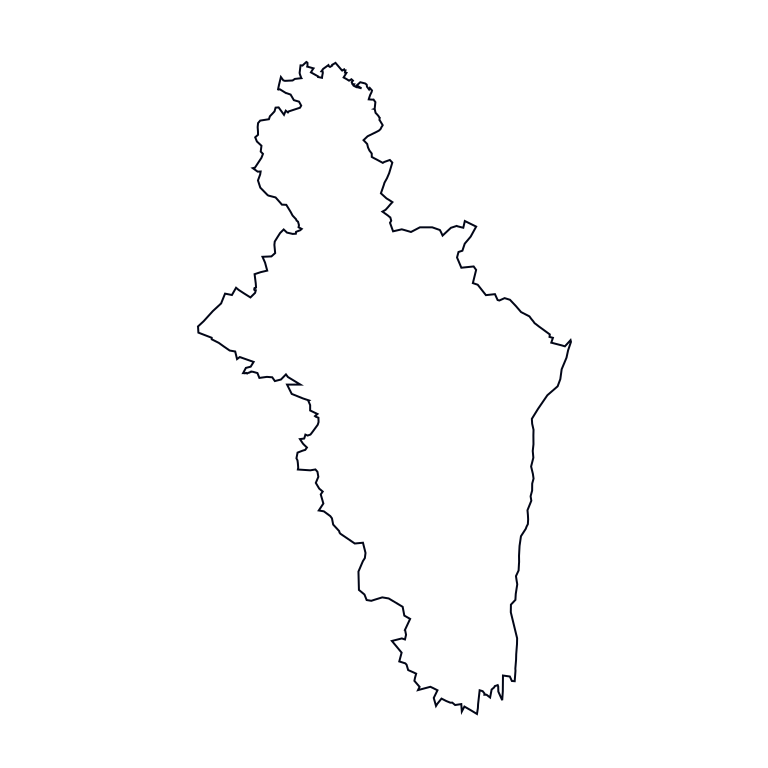 Central Karoo, Western Cape, South Africa, rotated 283°
{"feature_id": "47623444B66747201173997", "entity_name": "Central Karoo", "entity_type": "district", "adm_level": 2, "iso_a3": "ZAF", "parent_name": "South Africa", "parent_adm1": "Western Cape", "projection": "equal_earth", "projection_center": [22.176, -32.556], "detail": "fine", "context": "isolated", "style": "outline", "palette": "ink", "viewbox_px": 768, "rotation_deg": 283, "n_neighbors": 0, "source": "geoboundaries", "source_scale": "gbopen_adm2", "svg_char_len": 6086}
<svg xmlns="http://www.w3.org/2000/svg" viewBox="0 0 768 768"><g transform="rotate(283 384 384)"><path d="M675.7,231.0L668.1,231.8L666.7,232.5L663.6,234.5L663.4,234.7L661.2,228.5L659.2,226.7L657.1,219.3L657.2,217.6L659.9,214.5L651.8,214.4L647.2,214.5L647.1,214.8L647.7,216.2L647.7,216.3L645.4,223.1L645.5,223.3L645.0,227.9L640.3,232.3L640.0,237.7L636.6,240.7L634.3,240.0L628.2,229.9L627.0,229.3L628.2,226.8L623.8,226.0L629.8,219.1L628.9,216.2L625.0,216.0L622.2,214.4L619.2,212.6L616.1,212.3L612.8,204.1L609.9,202.6L605.9,203.1L601.7,204.4L598.5,205.2L595.4,203.0L591.7,205.6L588.6,211.0L582.7,211.6L581.0,214.3L576.8,213.7L565.8,209.6L564.8,207.6L562.5,213.1L563.3,216.0L560.3,216.2L554.0,215.4L547.5,219.3L542.0,227.9L541.6,228.9L541.4,236.4L536.7,243.0L535.8,244.1L536.6,248.5L530.7,254.3L527.6,257.0L524.7,261.3L523.6,262.0L522.8,263.7L519.7,265.4L517.5,265.5L516.6,268.9L515.0,267.8L512.5,264.1L510.6,264.3L509.7,261.3L509.7,255.4L512.0,251.5L507.7,248.8L502.9,247.1L498.2,245.5L494.9,245.9L487.1,248.5L483.0,245.6L480.6,237.0L475.5,240.8L468.2,244.7L465.3,238.8L461.9,233.2L453.2,236.4L449.3,237.6L449.2,237.6L448.7,237.2L448.6,236.9L448.5,236.4L448.4,236.3L448.2,236.2L447.9,236.5L447.7,236.5L447.3,236.4L446.9,236.3L446.6,236.4L446.5,236.5L446.3,237.2L446.4,238.0L443.8,237.9L438.3,234.4L440.8,227.2L443.0,221.2L444.5,218.2L436.5,215.8L436.3,208.8L426.8,207.3L425.9,207.2L416.5,200.8L404.7,194.2L403.5,193.4L398.2,189.8L397.7,190.0L392.3,191.6L390.3,205.7L388.8,206.1L386.9,213.8L384.4,219.8L381.9,226.1L382.2,231.7L375.2,235.2L377.8,237.4L376.2,252.0L370.9,250.2L368.6,245.8L363.0,244.3L363.1,244.6L363.0,245.1L363.0,245.3L363.1,245.8L363.2,246.1L363.5,246.7L363.5,247.0L363.6,246.9L363.8,247.1L363.8,247.5L363.7,247.8L363.7,248.1L363.8,248.5L364.1,249.0L364.3,249.2L364.5,249.4L364.6,249.8L364.8,250.1L364.9,250.4L365.1,250.6L365.3,250.8L365.8,251.1L365.9,251.6L366.2,251.8L366.3,251.9L366.3,252.0L366.2,252.5L366.4,253.1L366.4,253.4L366.4,253.6L366.2,258.2L361.9,261.2L364.6,268.3L365.4,273.6L362.3,277.0L365.2,282.6L371.3,286.3L369.2,288.8L364.6,302.7L361.6,289.7L353.6,296.3L351.7,308.3L351.1,314.7L350.5,314.1L346.8,316.8L341.6,318.0L339.8,325.9L337.2,324.0L336.8,324.8L336.4,327.7L332.2,328.8L329.4,328.6L320.3,324.7L318.2,323.7L316.6,321.2L317.0,318.8L313.5,318.6L312.9,318.5L311.4,314.5L309.5,316.5L307.7,318.4L306.6,320.1L304.8,323.2L302.1,322.1L300.8,319.8L297.7,315.2L291.9,315.4L290.1,316.9L287.7,317.8L283.3,319.2L281.3,319.3L282.0,323.6L283.3,331.6L285.3,336.4L283.5,338.9L278.8,340.9L275.8,340.4L272.3,339.8L267.5,344.4L265.4,348.5L262.2,347.2L253.9,351.8L246.1,348.9L246.4,354.0L243.2,361.4L241.4,363.5L235.6,366.1L230.6,373.4L229.2,374.1L228.3,375.2L222.0,391.4L224.6,399.2L218.0,402.6L215.2,404.0L210.1,404.5L206.7,403.3L195.5,401.3L177.7,405.9L174.5,412.3L169.6,415.7L169.9,420.4L172.0,423.9L175.7,430.3L176.1,436.8L171.1,452.3L162.9,455.9L161.0,462.3L148.9,459.7L148.8,460.0L144.6,461.9L139.8,461.9L140.1,458.6L135.4,449.5L126.2,461.6L117.1,461.3L116.6,467.6L115.6,469.1L110.7,471.9L109.7,477.2L109.0,480.5L104.6,480.3L101.6,480.4L96.9,486.8L93.4,486.0L99.4,497.3L98.8,500.1L97.6,505.0L89.3,503.1L82.0,507.1L84.4,507.9L90.4,510.8L89.1,516.0L88.4,520.3L88.9,522.2L87.2,525.5L89.5,531.3L82.4,533.5L87.8,534.9L85.6,542.1L83.4,548.8L89.3,548.4L93.2,547.7L107.1,546.1L106.9,549.2L105.0,551.6L103.8,551.7L104.3,553.8L102.4,557.9L110.5,557.6L113.2,559.6L114.5,559.9L116.2,562.5L115.0,563.3L110.0,564.6L102.5,570.3L111.3,568.9L126.7,565.5L127.3,572.4L123.4,575.4L123.8,578.2L134.2,576.6L136.2,576.0L145.1,574.7L150.5,573.6L160.5,572.1L166.2,570.9L190.1,558.9L197.6,557.3L203.2,560.6L209.1,559.6L218.8,558.9L222.4,557.4L226.5,555.8L232.6,557.1L239.5,555.9L240.9,555.7L247.0,554.2L256.7,552.5L266.5,551.7L274.8,554.7L277.2,555.0L279.8,555.7L284.5,554.9L288.7,553.7L293.3,552.2L303.4,553.8L307.6,552.1L313.5,552.3L320.3,550.8L325.5,551.0L329.9,549.3L336.7,545.9L345.8,546.1L352.2,544.0L358.9,543.2L367.6,541.1L373.0,540.0L378.6,537.3L383.3,535.9L394.5,539.7L409.8,545.7L420.8,553.7L428.4,554.7L438.3,553.8L450.7,555.9L458.2,555.8L467.1,556.7L468.7,555.9L461.4,551.8L461.6,548.7L461.9,537.7L467.0,538.2L467.1,534.7L469.6,534.4L474.9,522.0L476.3,519.0L476.5,518.6L477.1,517.1L478.7,515.3L480.6,512.8L482.6,510.5L484.9,501.4L489.6,495.0L494.4,487.8L494.8,482.2L491.3,477.6L491.4,475.8L496.5,471.9L493.5,463.3L501.8,453.0L502.3,447.9L515.9,448.1L518.7,444.9L514.7,433.2L523.7,426.7L529.4,426.9L531.5,430.4L538.9,431.1L547.1,435.3L558.1,438.4L561.0,426.1L554.1,426.1L554.1,424.2L554.2,420.1L554.4,419.3L551.8,415.0L551.3,414.1L541.8,407.7L544.9,405.3L546.6,403.8L547.5,395.8L546.0,389.2L544.7,383.7L538.2,376.1L538.6,369.2L538.7,366.5L534.8,358.5L542.4,353.6L544.7,354.3L547.7,352.7L548.3,351.3L549.0,350.0L551.6,343.7L554.1,346.4L554.7,346.7L556.6,347.8L560.1,349.6L563.1,351.3L564.5,347.5L565.4,344.7L569.1,338.1L577.5,339.0L580.3,339.2L585.1,340.6L590.6,341.6L601.6,342.3L603.6,339.3L600.4,334.3L599.2,333.1L601.1,326.2L601.8,323.4L602.5,321.0L605.8,320.2L608.2,317.3L610.9,315.2L614.1,313.6L617.0,309.2L621.7,312.3L627.9,319.9L629.7,322.0L631.3,323.1L631.7,323.3L634.2,323.9L634.8,324.2L635.9,324.5L639.5,321.0L640.2,320.2L642.4,319.9L642.4,319.7L643.8,318.4L645.0,316.8L646.3,314.8L649.8,313.1L649.8,312.7L650.0,313.0L656.7,312.2L658.8,309.8L658.4,308.5L657.9,305.1L658.5,305.1L662.6,305.5L665.5,306.2L667.3,306.3L669.2,303.6L667.6,303.2L669.9,300.5L671.8,299.8L672.6,298.1L672.7,293.0L668.8,290.3L667.0,295.6L667.2,291.7L667.0,290.5L667.8,287.4L668.0,287.0L668.9,287.2L669.3,287.4L669.2,285.7L669.7,285.4L670.9,284.6L672.6,285.5L673.6,283.7L671.7,281.7L672.7,278.8L673.6,275.7L678.7,277.4L678.7,275.9L680.9,275.9L680.7,275.0L681.6,274.4L680.8,273.4L680.0,272.8L680.0,272.6L686.0,264.5L684.4,262.9L683.4,261.7L682.6,261.9L680.8,260.1L681.3,258.7L682.2,258.1L681.4,257.4L677.3,253.8L676.3,253.4L674.6,252.7L674.7,253.9L673.4,254.4L670.3,254.5L668.4,254.7L668.3,250.7L668.9,250.6L671.2,242.7L674.5,243.8L675.7,244.3L676.0,237.8L676.7,237.9L679.7,237.2L680.1,236.5L680.3,235.9L675.9,232.9L675.9,232.2L675.7,231.0Z" fill="none" stroke="#020617" stroke-width="2"/></g></svg>